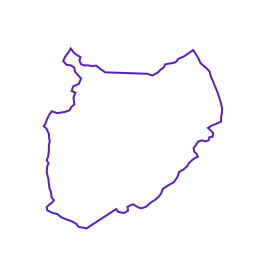 outline of Colombo, Paraná, Brazil, rotated 258°
{"feature_id": "56859067B90455613848292", "entity_name": "Colombo", "entity_type": "district", "adm_level": 2, "iso_a3": "BRA", "parent_name": "Brazil", "parent_adm1": "Paraná", "projection": "albers", "projection_center": [-49.18, -25.309], "detail": "fine", "context": "isolated", "style": "outline", "palette": "violet", "viewbox_px": 256, "rotation_deg": 258, "n_neighbors": 0, "source": "geoboundaries", "source_scale": "gbopen_adm2", "svg_char_len": 1722}
<svg xmlns="http://www.w3.org/2000/svg" viewBox="0 0 256 256"><g transform="rotate(258 128 128)"><path d="M75.8,173.5L78.4,178.0L81.0,180.3L83.4,184.2L84.7,187.2L85.4,190.4L88.4,189.7L91.1,187.9L94.8,188.1L97.1,190.8L100.1,193.7L100.6,197.6L98.9,200.8L99.2,204.3L102.0,205.6L101.9,209.0L105.6,210.2L111.4,206.3L113.0,210.4L113.6,214.7L115.0,220.4L119.2,221.3L123.4,223.1L127.2,224.1L131.8,224.1L135.0,224.0L139.0,223.5L142.6,223.2L146.4,222.6L152.0,221.5L155.9,220.9L160.1,220.0L163.1,219.5L166.2,219.5L169.9,217.4L172.8,215.1L176.5,212.4L181.7,211.3L187.3,209.2L190.7,207.9L188.1,201.9L186.2,196.9L185.2,191.5L182.9,189.2L182.1,186.0L182.5,181.7L182.5,177.6L179.7,175.4L178.3,172.1L176.2,169.0L174.3,162.8L177.0,158.2L181.2,141.4L185.8,122.9L187.2,117.3L190.9,113.8L195.7,109.8L195.9,106.0L197.7,101.6L198.3,98.3L200.1,95.4L204.0,94.5L207.3,96.2L210.1,93.0L213.1,90.6L217.6,88.5L213.8,84.9L210.7,81.3L207.0,78.5L202.5,81.0L201.2,85.1L198.3,88.0L194.3,87.8L190.9,89.6L186.2,92.4L181.4,89.1L180.1,83.0L175.9,80.6L173.5,83.9L169.1,81.0L162.2,80.4L160.3,76.9L157.5,74.5L156.8,69.7L157.3,61.7L160.2,57.0L157.7,54.0L154.0,51.0L149.6,48.3L147.2,46.0L144.3,48.1L138.7,49.4L135.1,48.7L131.5,48.8L127.8,47.1L122.0,45.8L116.3,43.8L113.4,41.7L110.1,43.0L107.5,41.1L101.6,39.3L94.6,39.5L87.7,38.8L84.6,38.7L81.6,39.4L76.1,38.8L72.7,40.5L70.6,38.0L69.4,35.0L67.6,32.1L64.3,31.9L60.9,36.2L58.3,41.2L54.3,44.4L50.8,49.8L48.5,53.5L44.9,57.5L41.4,59.4L40.1,62.8L38.4,66.5L51.2,99.6L47.9,101.0L45.7,106.4L47.1,110.8L51.1,111.2L52.4,117.0L48.2,121.5L46.7,124.2L47.1,129.0L50.5,135.1L52.0,139.4L54.2,143.5L57.2,146.9L61.1,149.3L63.4,154.9L65.5,161.6L69.8,166.2L74.4,168.9L75.8,173.5Z" fill="none" stroke="#5b21b6" stroke-width="2"/></g></svg>